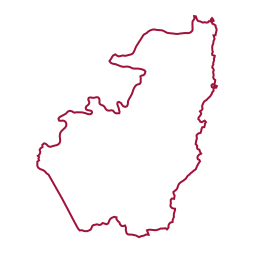 the district of Restinga Sêca, Rio Grande do Sul, Brazil, rotated 268°
{"feature_id": "56859067B37835458668182", "entity_name": "Restinga Sêca", "entity_type": "district", "adm_level": 2, "iso_a3": "BRA", "parent_name": "Brazil", "parent_adm1": "Rio Grande do Sul", "projection": "robinson", "projection_center": [-53.306, -29.8], "detail": "fine", "context": "isolated", "style": "outline", "palette": "rose", "viewbox_px": 256, "rotation_deg": 268, "n_neighbors": 0, "source": "geoboundaries", "source_scale": "gbopen_adm2", "svg_char_len": 5180}
<svg xmlns="http://www.w3.org/2000/svg" viewBox="0 0 256 256"><g transform="rotate(268 128 128)"><path d="M110.9,40.0L109.2,38.9L107.3,39.5L106.0,39.2L104.3,38.4L103.3,36.9L102.0,38.1L100.4,37.4L98.8,38.0L97.5,36.2L95.6,36.2L93.7,36.0L91.6,36.8L90.2,38.5L88.9,41.5L87.8,43.2L86.7,44.1L85.4,45.2L84.1,47.0L59.7,59.7L52.7,63.1L45.5,66.6L39.6,69.4L34.3,72.0L29.5,74.4L27.3,76.1L27.5,78.2L26.5,80.7L26.3,83.2L26.8,85.0L27.7,87.1L29.5,88.1L30.9,88.6L32.2,90.0L32.5,92.0L32.8,93.6L32.1,95.9L32.4,97.6L33.9,99.3L33.3,101.2L32.5,103.3L33.4,104.9L34.9,105.6L36.5,106.3L38.0,107.4L38.9,108.9L39.7,111.1L39.1,113.4L37.6,113.2L35.4,114.5L33.8,116.2L32.0,116.7L30.4,118.1L30.1,119.6L30.7,121.6L28.5,122.5L26.4,122.2L24.8,122.5L22.9,122.9L21.6,124.4L21.4,126.5L21.3,128.3L20.9,129.8L20.4,132.0L19.2,134.1L18.5,135.4L19.3,136.8L19.6,138.7L20.1,140.7L20.9,142.3L20.6,144.9L25.1,143.4L25.6,145.3L25.5,147.4L25.1,149.9L24.9,152.2L25.4,154.6L26.4,157.2L26.3,159.4L26.5,162.1L25.3,163.4L27.0,165.0L28.7,165.0L30.3,165.5L31.9,166.9L32.5,169.3L34.3,169.4L36.2,170.1L37.5,170.8L39.2,170.7L41.2,171.0L42.9,171.6L44.4,172.2L45.7,172.2L45.9,170.5L46.7,168.9L48.3,167.7L49.6,167.8L51.1,168.2L53.1,168.1L54.9,168.3L56.0,169.5L55.6,171.6L57.5,172.0L59.0,172.2L60.5,171.4L62.4,171.1L63.6,172.6L64.8,174.3L66.6,175.4L68.2,175.9L69.5,176.5L70.7,177.3L72.0,178.9L73.0,180.7L74.1,182.3L75.3,184.0L77.0,185.1L78.2,186.1L79.4,187.8L80.8,189.2L81.9,190.9L83.0,192.1L84.4,194.3L86.2,195.1L87.9,195.9L89.2,196.7L90.8,197.7L92.2,198.8L93.6,198.2L94.4,196.8L95.8,196.3L97.3,196.7L98.8,198.0L99.8,200.2L102.0,199.0L103.8,198.6L104.6,196.8L106.0,196.3L107.9,196.5L109.6,195.0L111.5,195.5L113.3,195.8L114.9,196.5L116.9,196.3L118.5,196.3L120.1,198.1L120.6,200.4L122.6,201.1L124.6,201.5L126.2,202.3L126.2,204.3L128.0,204.8L129.9,205.2L131.1,206.1L132.7,204.9L131.2,201.9L131.9,200.3L133.1,199.9L134.4,198.6L136.2,199.0L137.5,200.3L138.6,201.1L140.1,201.7L142.2,200.5L142.9,201.9L144.5,203.2L146.2,202.9L147.5,202.9L149.2,203.6L151.2,204.6L152.4,205.8L153.2,207.4L154.9,209.1L156.8,211.3L158.9,212.7L160.8,213.5L162.1,214.8L163.6,214.8L165.2,215.1L165.9,213.3L167.7,212.9L168.8,213.9L168.7,215.7L170.7,216.5L172.9,216.9L174.1,215.4L175.9,214.9L177.7,215.5L179.2,215.3L180.9,215.0L182.8,215.7L184.3,215.3L185.5,214.3L187.2,214.7L188.4,215.5L190.0,215.4L191.3,215.9L192.9,216.4L194.5,216.2L195.7,217.0L197.2,217.2L197.9,214.9L199.4,214.6L201.1,215.4L203.1,215.0L204.8,215.0L206.3,215.0L207.7,215.3L208.9,216.0L210.4,216.3L212.2,216.6L213.9,217.6L215.9,217.2L217.6,216.7L217.7,218.7L219.3,219.0L221.1,219.5L222.8,220.0L224.4,219.8L225.8,219.1L227.4,219.1L228.4,217.8L229.3,216.0L231.3,215.3L232.0,212.7L230.7,211.4L230.6,209.7L231.1,208.2L230.7,206.5L232.0,203.9L232.4,201.9L234.0,200.7L235.7,200.2L237.2,199.7L237.5,198.0L235.3,198.3L233.6,197.3L232.4,196.3L230.8,196.1L228.9,196.0L227.5,196.0L225.5,196.0L223.4,195.9L222.3,195.0L221.1,193.5L220.7,191.2L220.9,189.2L220.9,187.2L220.7,185.4L220.6,183.5L220.3,181.3L220.3,179.7L220.9,176.0L221.2,173.7L221.4,172.0L221.9,170.1L223.5,167.5L224.4,165.5L224.7,163.0L224.9,160.9L225.3,159.0L225.6,157.3L225.4,155.6L224.7,153.4L223.6,151.5L222.4,150.2L221.6,148.7L220.7,146.9L219.1,145.8L217.4,144.7L216.0,143.7L214.8,142.9L213.6,141.9L212.3,141.2L210.7,140.0L208.8,138.8L206.0,137.5L204.2,136.7L202.3,135.3L201.5,133.9L201.0,131.6L200.5,129.3L200.2,127.4L200.7,125.3L200.2,123.1L199.9,121.2L200.8,119.4L202.0,117.9L201.0,115.7L199.5,114.5L198.3,113.9L197.2,113.1L195.6,111.8L193.9,112.9L193.0,114.4L192.5,116.1L192.2,117.9L191.5,119.4L190.8,121.0L190.0,122.8L189.5,124.3L189.3,126.0L189.4,127.6L189.4,129.9L188.8,132.0L187.6,134.3L187.1,136.3L187.1,139.0L186.8,141.5L186.0,144.4L185.1,146.4L183.8,147.4L181.6,146.7L180.2,145.4L180.0,143.6L179.2,142.2L177.3,142.5L175.2,142.3L173.2,142.3L171.7,141.3L171.2,139.3L170.6,137.8L169.4,136.6L167.5,135.3L165.3,134.4L163.4,133.7L161.5,132.9L156.3,129.7L154.5,128.9L151.9,128.7L150.0,127.9L149.2,126.3L149.8,124.1L151.5,122.8L153.0,122.0L154.4,120.0L154.0,118.5L152.3,118.1L150.0,118.8L148.3,119.4L146.5,119.7L144.5,120.1L143.1,119.8L143.0,117.4L143.5,115.6L144.6,114.6L145.9,113.6L146.3,111.9L146.0,110.0L146.3,108.0L147.7,106.4L149.8,105.4L151.2,104.1L152.0,102.0L153.1,100.6L154.5,100.3L156.2,100.5L157.8,100.4L159.5,99.5L159.9,97.9L159.4,95.2L159.4,93.6L159.9,91.7L159.5,89.8L157.8,89.2L156.5,89.8L155.1,90.2L153.7,90.0L152.5,89.0L151.2,87.2L149.5,86.4L148.0,86.8L147.2,88.5L146.8,90.6L146.2,92.2L144.8,92.6L143.6,92.0L143.0,90.2L143.5,87.9L144.2,86.3L144.9,84.0L145.3,82.1L145.4,79.4L145.5,77.1L145.2,74.7L146.7,72.5L147.2,70.2L146.4,68.3L144.5,66.5L142.5,62.5L141.9,61.1L140.9,59.6L139.5,58.8L137.8,59.4L137.5,61.5L137.7,63.1L137.3,64.6L136.1,65.9L134.6,66.5L132.5,66.4L130.6,65.3L129.6,64.1L128.5,62.8L127.1,61.3L125.9,60.4L124.6,59.9L123.0,59.6L121.6,59.5L119.9,59.7L118.2,59.8L116.9,59.7L115.6,59.2L114.2,58.0L113.3,56.0L113.0,54.1L112.6,52.5L111.9,49.8L112.4,47.9L113.8,46.6L115.0,45.4L115.6,43.5L114.1,41.8L111.9,41.9L110.9,40.0ZM231.3,215.3L232.1,217.3L233.4,216.9L234.9,215.8L233.6,214.6L231.3,215.3ZM165.2,215.1L165.2,217.5L166.7,218.3L167.5,217.0L166.7,215.6L165.2,215.1Z" fill="none" stroke="#9f1239" stroke-width="2"/></g></svg>